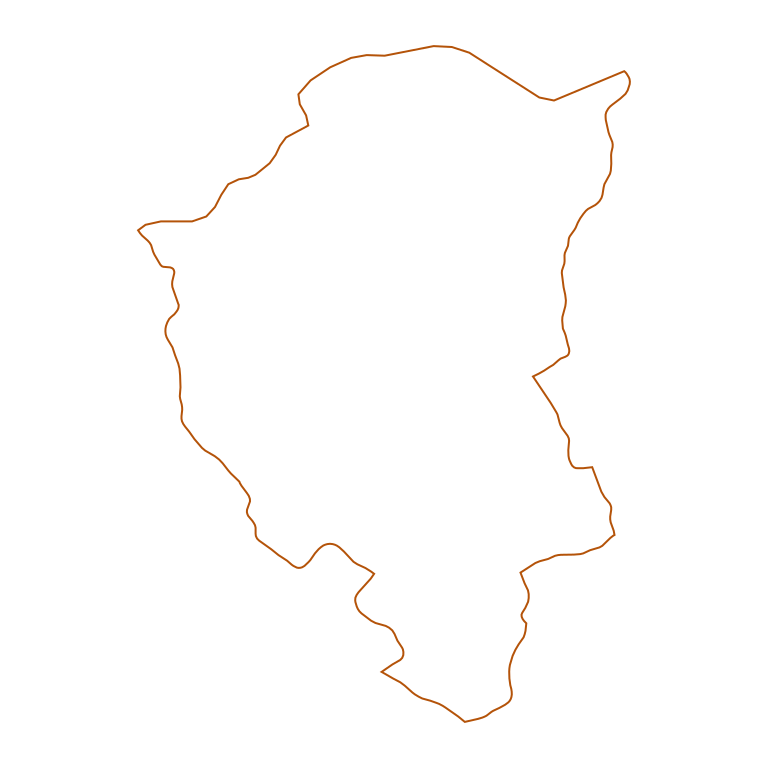 Severno-Backi, Albers equal-area conic projection
{"feature_id": "SRB-274", "entity_name": "Severno-Backi", "entity_type": "District", "adm_level": 1, "iso_a3": "SRB", "parent_name": "Republic of Serbia", "parent_adm1": "", "projection": "albers", "projection_center": [19.626, 45.896], "detail": "fine", "context": "isolated", "style": "outline", "palette": "amber", "viewbox_px": 768, "rotation_deg": 0, "n_neighbors": 0, "source": "natural_earth", "source_scale": "10m", "svg_char_len": 4161}
<svg xmlns="http://www.w3.org/2000/svg" viewBox="0 0 768 768"><path d="M487.7,64.5L539.3,97.5L554.0,100.5L624.2,71.2L625.4,72.2L626.7,73.8L628.8,77.3L629.5,79.0L629.9,81.6L629.7,84.2L627.7,90.3L625.5,93.9L620.3,98.6L612.4,104.6L610.1,106.5L608.2,108.7L606.3,112.0L605.6,114.6L605.6,117.3L605.8,120.0L608.5,132.2L609.4,134.9L612.3,142.0L612.7,144.5L612.6,147.1L611.4,152.4L611.1,155.1L611.3,163.8L610.8,170.7L610.0,173.9L604.4,184.2L603.6,187.6L602.5,194.6L601.5,197.9L599.5,201.1L597.5,203.2L595.3,205.0L588.1,208.9L585.9,210.8L583.5,213.7L580.3,218.2L577.8,222.7L575.7,227.7L574.4,229.9L569.8,236.3L569.1,237.8L568.8,238.9L568.0,245.8L564.9,252.9L564.5,255.2L564.6,261.1L564.3,263.7L562.0,270.5L561.8,273.0L563.6,287.3L565.2,294.7L565.9,300.4L565.7,303.3L565.3,306.2L562.4,317.0L562.2,320.4L562.9,328.6L564.6,332.5L565.7,335.6L567.8,344.5L569.0,348.4L569.3,351.1L568.8,353.5L568.2,354.7L567.4,355.6L565.3,356.8L560.6,358.6L558.3,360.4L553.2,364.9L549.6,367.0L544.2,370.6L538.9,373.6L533.0,376.5L550.7,402.9L556.3,412.2L557.5,414.5L559.6,422.7L560.5,425.3L562.0,428.1L567.6,435.8L568.8,438.4L569.1,440.9L568.3,450.1L568.5,455.9L569.0,458.7L569.6,460.5L571.2,464.0L572.2,465.7L574.1,467.4L575.9,468.1L578.0,468.2L583.2,468.2L592.2,467.2L601.3,491.6L604.4,497.0L609.7,503.4L610.6,505.3L611.2,507.2L611.2,509.9L610.2,516.5L610.2,519.4L610.7,522.4L613.7,530.7L614.5,535.0L613.2,535.7L610.4,537.9L602.3,545.8L599.5,547.4L590.1,550.2L583.2,553.4L580.2,554.1L573.9,554.6L561.0,554.8L558.0,555.1L555.0,555.8L548.0,559.0L539.8,561.2L535.4,563.0L520.5,572.6L524.6,583.3L528.0,590.4L528.7,594.1L528.7,598.0L528.1,601.8L525.3,607.9L522.2,612.9L521.5,614.7L521.7,616.8L522.6,618.9L524.0,620.9L526.3,623.3L525.5,630.9L524.7,634.2L523.6,637.3L518.6,644.4L515.4,649.8L512.6,655.9L509.9,665.0L509.4,668.3L509.2,671.6L509.4,678.5L510.3,685.2L511.3,689.0L511.7,691.7L511.8,694.5L511.4,697.1L510.7,699.1L509.7,700.8L508.4,702.3L505.2,704.7L499.4,707.9L493.2,710.8L491.4,711.9L486.5,715.7L484.5,716.7L482.3,717.6L477.5,719.0L464.8,721.9L458.2,716.5L445.5,707.6L442.7,705.8L439.1,703.9L436.5,702.9L430.3,700.7L422.3,698.5L418.7,696.7L414.9,694.4L412.4,692.5L404.8,685.7L400.3,682.3L393.1,678.5L381.6,671.9L392.5,664.4L400.3,659.9L402.2,657.9L403.3,655.1L403.4,652.0L402.9,649.4L402.1,647.7L397.4,640.6L394.5,633.9L392.3,630.4L389.1,627.7L385.7,625.9L375.5,623.0L371.1,620.7L361.5,613.4L359.4,611.3L357.8,608.9L356.7,606.4L355.4,602.0L355.2,600.3L355.4,597.7L356.6,595.0L358.4,592.4L360.7,589.8L370.7,578.7L374.1,573.8L371.0,571.5L365.4,568.0L357.4,564.3L353.5,561.8L343.9,551.5L339.3,547.3L336.8,545.6L334.8,544.7L332.7,544.1L330.0,543.8L327.3,544.1L325.2,544.7L323.3,545.5L320.9,547.2L318.6,549.2L315.0,553.3L310.3,560.1L308.5,562.1L304.5,565.9L302.1,567.3L300.3,567.8L298.4,567.9L296.8,567.6L293.4,565.9L291.7,564.7L287.1,560.7L278.5,555.1L271.3,549.3L259.1,540.6L257.1,538.6L255.9,536.1L255.6,533.7L255.6,527.7L255.0,525.2L253.8,523.0L252.4,520.9L248.2,515.9L247.4,514.1L246.9,512.2L247.0,509.8L250.0,501.4L249.9,498.9L248.8,495.9L246.8,492.9L241.5,485.8L239.9,483.1L239.4,481.7L230.9,473.5L228.2,470.4L222.7,463.3L219.1,459.5L214.8,456.2L205.2,450.6L201.9,447.8L194.5,439.2L189.2,431.7L185.1,426.6L183.3,424.0L182.0,421.3L181.5,418.8L181.5,416.2L182.2,409.8L182.1,407.1L181.7,404.4L180.2,399.0L179.8,396.3L180.5,387.4L180.1,375.4L179.5,368.6L178.2,363.5L175.1,355.3L172.5,347.4L167.8,339.6L166.5,337.0L165.7,334.3L165.4,331.5L165.5,328.7L166.0,326.0L167.3,322.4L169.2,318.9L171.3,316.8L174.4,314.2L176.4,311.7L177.5,310.1L178.3,308.3L178.6,306.7L178.7,304.9L178.3,304.0L172.4,287.1L172.1,284.2L172.3,281.3L174.2,273.4L174.3,271.9L173.9,270.3L173.1,268.9L171.8,268.0L170.2,267.4L163.3,266.8L161.8,266.2L160.3,264.6L154.4,254.6L153.1,251.7L151.1,245.1L149.6,242.7L147.7,240.6L142.1,235.6L140.0,233.1L138.1,230.3L145.5,224.8L160.9,221.4L192.1,221.4L206.3,216.5L215.0,207.0L221.3,194.8L228.3,184.2L238.8,179.3L248.2,177.8L255.4,174.8L269.7,163.2L275.7,154.8L280.0,145.7L286.0,137.5L308.3,125.5L306.1,115.4L299.8,104.3L298.4,94.3L310.6,80.4L330.2,67.3L351.1,57.9L366.7,55.1L384.7,55.7L433.6,46.1L451.8,47.0L469.3,52.7L487.7,64.5Z" fill="none" stroke="#b45309" stroke-width="2"/></svg>